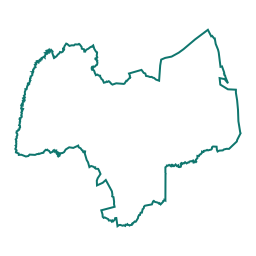 Tepotzotlán, México, Mexico
{"feature_id": "50627088B87639094921264", "entity_name": "Tepotzotlán", "entity_type": "district", "adm_level": 2, "iso_a3": "MEX", "parent_name": "Mexico", "parent_adm1": "México", "projection": "equal_earth", "projection_center": [-99.315, 19.719], "detail": "fine", "context": "isolated", "style": "outline", "palette": "teal", "viewbox_px": 256, "rotation_deg": 0, "n_neighbors": 0, "source": "geoboundaries", "source_scale": "gbopen_adm2", "svg_char_len": 5607}
<svg xmlns="http://www.w3.org/2000/svg" viewBox="0 0 256 256"><path d="M157.8,202.6L159.1,203.7L159.6,203.2L160.6,204.4L163.0,201.9L163.3,200.9L164.3,200.7L164.4,199.9L165.4,200.5L165.5,174.3L165.7,173.8L165.4,172.8L165.4,168.1L165.4,167.3L166.9,166.1L166.9,165.5L168.3,165.5L169.1,164.9L170.6,166.0L171.4,164.8L172.0,164.8L172.2,166.0L173.2,165.3L173.6,165.4L173.7,166.1L174.1,166.1L175.6,164.5L176.8,166.0L178.4,165.2L178.6,165.9L178.3,166.4L178.5,167.0L179.7,167.1L180.8,166.7L181.2,164.9L180.8,163.6L181.5,163.0L182.6,163.8L183.3,163.1L184.1,163.3L185.1,162.2L186.6,163.4L187.9,162.5L188.8,162.5L189.4,161.6L191.3,161.1L192.0,161.4L193.1,160.5L193.5,161.1L193.6,162.6L193.9,162.6L195.0,161.4L195.9,162.1L196.3,161.7L195.8,160.7L195.8,159.8L197.4,158.2L197.4,155.9L198.9,156.1L199.6,154.6L200.5,154.4L201.8,153.0L202.0,151.7L202.7,152.1L203.5,152.0L203.8,150.9L206.0,150.5L207.1,149.9L208.0,150.4L211.3,149.5L211.9,148.7L212.0,147.3L213.0,146.5L216.6,146.7L216.9,149.9L217.6,151.5L219.3,150.6L222.8,150.4L223.8,149.5L226.6,148.8L229.0,148.9L236.8,141.5L237.2,139.9L240.6,133.2L240.3,132.9L238.4,121.2L238.0,109.9L237.1,100.2L235.9,92.8L235.9,89.7L227.9,89.3L220.3,84.6L219.6,78.1L224.6,79.1L228.0,83.3L226.9,80.5L226.5,80.3L226.5,79.7L225.4,76.9L225.1,75.6L224.4,75.0L224.5,74.5L224.0,73.8L224.3,73.3L224.1,72.3L222.0,66.4L220.5,66.8L218.7,52.4L218.0,49.6L215.7,43.9L214.8,38.6L214.4,38.7L212.1,35.9L211.2,36.3L207.9,29.8L195.1,39.4L183.5,49.2L178.7,52.7L171.6,56.6L165.2,57.9L161.2,59.6L160.2,65.4L159.1,80.7L156.0,79.6L154.0,77.9L152.9,77.7L151.7,76.9L150.0,77.0L147.8,76.2L146.1,76.0L145.3,73.5L143.7,72.9L141.5,69.9L129.0,73.5L129.9,75.6L129.8,76.4L130.3,77.4L130.0,78.0L129.3,78.2L126.8,81.0L126.3,80.8L124.5,83.6L123.7,83.9L116.2,83.3L112.5,84.6L111.5,84.0L109.3,81.5L108.7,81.2L107.6,81.9L106.6,81.5L105.9,82.2L103.9,82.7L102.6,79.8L101.5,79.1L101.3,78.5L100.2,76.8L100.1,75.7L98.6,75.5L97.5,74.6L95.9,75.1L95.9,74.5L95.1,73.7L94.2,70.9L93.1,69.5L92.2,69.9L91.7,69.0L91.7,67.7L92.1,66.8L92.9,66.6L92.9,67.6L93.2,67.7L94.0,66.8L95.0,66.5L96.3,65.0L97.0,64.8L97.3,63.6L97.4,62.2L97.0,61.6L97.3,60.5L96.8,59.9L95.8,59.6L95.3,58.9L95.5,58.3L96.8,58.1L97.3,57.3L96.7,55.9L97.1,52.6L96.9,52.1L96.1,51.8L94.3,48.9L93.2,45.4L92.2,46.2L92.1,46.8L90.7,46.9L88.2,48.8L86.5,49.6L85.4,50.8L85.2,51.6L84.3,51.6L84.0,49.3L81.8,48.7L81.6,46.9L79.7,44.4L79.0,43.9L78.1,44.5L75.1,44.4L73.9,45.4L71.7,45.3L69.4,45.9L67.2,44.0L66.2,43.6L64.4,46.4L64.1,47.6L63.0,48.5L63.0,49.0L64.1,49.4L63.8,50.2L63.0,50.9L62.9,51.5L61.5,52.4L60.0,52.0L59.3,53.4L57.9,54.5L56.5,56.3L54.4,57.8L54.2,57.1L53.8,57.5L52.2,52.6L52.6,51.5L51.1,49.9L50.1,51.5L49.1,49.6L48.7,50.1L47.0,50.6L48.3,51.5L48.5,52.7L46.3,52.2L45.4,52.7L46.9,53.3L47.0,53.8L45.5,54.1L45.0,56.1L44.6,56.2L44.4,56.9L44.5,57.4L43.8,56.9L41.7,58.0L41.7,58.3L42.0,58.4L41.7,59.2L41.1,58.9L40.6,60.2L40.1,59.5L39.7,59.7L38.6,62.5L37.7,61.8L37.5,61.0L37.0,61.1L37.2,61.5L36.6,61.7L36.6,62.7L35.6,63.0L36.1,64.2L34.9,64.8L35.5,65.8L35.2,66.8L35.4,67.2L34.6,67.4L34.5,68.0L33.7,68.7L33.7,69.3L33.0,70.0L33.0,71.1L33.3,71.3L33.2,71.9L32.4,72.0L32.9,72.3L32.6,73.3L32.2,73.6L32.4,74.9L31.2,76.3L30.7,76.4L30.6,78.1L30.0,78.4L30.0,79.5L30.4,80.4L29.8,80.8L29.9,81.6L29.2,82.9L27.9,83.4L27.8,83.9L28.9,84.3L27.2,86.1L26.6,89.1L25.4,89.2L25.6,90.0L24.8,92.0L25.0,94.6L23.9,95.8L24.8,97.2L23.8,97.8L24.4,98.1L24.5,99.2L23.6,99.1L24.4,100.4L23.1,100.7L23.7,101.6L22.9,101.9L22.9,102.4L22.1,103.7L22.9,104.1L22.7,105.3L21.9,104.7L21.2,105.3L21.7,106.1L21.2,108.2L22.4,108.6L22.0,109.1L22.1,109.4L22.9,109.4L22.3,110.5L21.8,110.3L22.1,111.6L21.3,112.3L21.9,113.6L21.2,115.2L21.8,116.0L21.6,117.1L20.6,117.7L20.5,118.5L19.7,118.4L19.5,119.0L20.0,119.3L20.0,120.7L20.2,121.0L20.1,121.9L19.7,122.1L19.8,123.7L19.1,125.3L20.0,125.9L20.1,127.4L19.5,128.0L19.5,128.8L19.1,129.7L18.4,129.6L18.0,130.7L16.7,131.3L16.7,132.0L16.4,132.8L17.2,133.7L17.4,135.1L16.5,136.9L16.8,137.5L16.6,138.5L15.7,139.3L16.4,141.2L16.0,142.0L16.3,143.0L16.2,145.2L15.6,145.6L16.2,146.6L15.9,147.9L15.4,148.5L15.5,149.4L16.4,150.0L16.6,150.8L16.0,151.5L15.9,152.4L18.7,153.5L18.8,154.9L21.3,154.7L25.9,156.5L28.3,156.0L29.6,154.6L35.0,154.9L37.2,154.0L38.2,154.1L38.9,153.6L39.3,153.9L42.1,152.9L42.7,153.0L43.5,152.7L43.7,151.9L45.7,149.8L46.7,150.1L47.3,149.7L48.0,150.4L49.1,150.9L50.4,152.8L52.8,151.7L53.2,150.6L54.0,150.1L54.5,151.3L55.0,150.6L56.2,150.5L56.1,152.4L56.8,153.8L57.8,153.5L57.4,152.1L58.8,152.9L57.9,154.5L58.2,155.7L57.9,156.0L58.3,156.5L59.5,155.7L59.2,155.2L60.4,153.8L60.6,153.2L62.5,153.0L64.1,152.1L65.7,149.5L69.2,147.3L73.3,147.9L78.2,145.6L78.7,147.3L80.6,148.3L82.0,150.3L82.6,150.4L83.3,152.2L83.8,152.3L84.6,151.3L85.1,151.4L84.8,153.5L86.7,160.0L88.0,162.2L89.4,167.1L91.1,166.0L93.6,166.8L94.4,167.5L95.0,167.4L94.9,168.0L95.8,168.7L98.2,168.9L99.6,171.8L100.5,174.0L97.7,178.2L96.8,180.7L97.0,185.4L102.7,182.8L105.8,180.0L111.9,191.3L112.4,194.5L112.2,196.4L113.5,197.1L114.1,201.8L114.0,204.1L114.6,206.8L101.3,210.3L102.5,214.3L102.7,216.8L103.7,217.9L104.7,217.4L108.3,219.2L108.8,220.5L110.9,220.4L111.7,221.5L112.4,220.6L113.0,221.4L114.7,219.7L115.2,218.1L116.3,218.0L117.5,226.2L119.0,225.1L120.2,224.9L122.6,225.7L123.8,225.3L125.2,225.9L125.6,224.7L126.7,224.8L127.4,224.2L127.8,224.9L128.8,225.0L129.5,225.5L129.8,225.2L131.8,224.9L132.0,223.9L132.7,223.7L132.7,223.1L133.3,222.9L134.7,221.5L135.4,221.8L135.9,221.6L138.0,218.1L138.2,216.7L139.1,215.0L139.9,215.0L140.6,212.7L141.9,212.6L142.6,209.2L143.2,208.9L143.8,208.0L144.0,206.6L145.0,205.7L151.9,204.4L153.1,201.4L153.8,200.9L154.9,201.9L157.8,202.6Z" fill="none" stroke="#0f766e" stroke-width="2"/></svg>